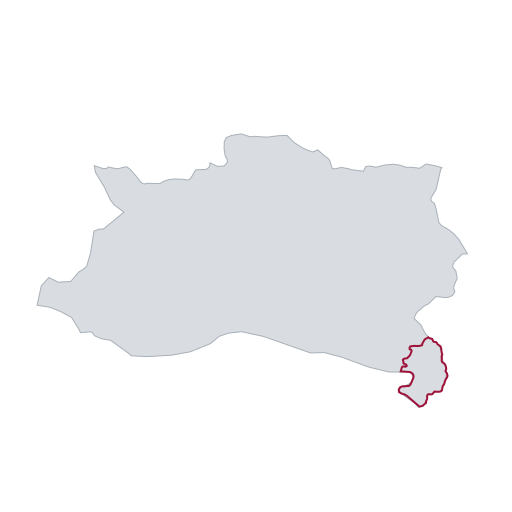 where Vidin sits in Bulgaria, rotated 189°
{"feature_id": "BGR-2253", "entity_name": "Vidin", "entity_type": "Province", "adm_level": 1, "iso_a3": "BGR", "parent_name": "Bulgaria", "parent_adm1": "", "projection": "robinson", "projection_center": [22.659, 43.807], "detail": "fine", "context": "in_parent", "style": "outline", "palette": "rose", "viewbox_px": 512, "rotation_deg": 189, "n_neighbors": 0, "source": "natural_earth", "source_scale": "10m", "svg_char_len": 3708}
<svg xmlns="http://www.w3.org/2000/svg" viewBox="0 0 512 512"><g transform="rotate(189 256 256)"><path d="M429.9,319.9L420.7,318.4L417.6,318.9L415.6,320.9L411.3,320.5L406.1,320.5L400.7,322.9L397.6,323.9L393.6,321.7L385.9,315.3L381.2,310.7L377.8,309.6L374.3,310.9L362.1,312.5L359.3,315.1L353.7,318.0L348.0,319.4L339.9,320.4L335.6,320.2L333.2,321.6L331.2,325.9L329.9,330.0L328.7,331.7L318.6,333.8L316.4,336.1L315.8,338.5L316.0,340.8L307.9,338.5L301.6,340.0L300.2,341.8L298.9,344.4L299.7,347.1L302.0,349.8L304.3,356.9L305.2,364.1L303.9,368.2L299.3,371.1L289.7,374.3L280.3,372.8L276.2,374.0L269.3,374.5L262.9,375.3L253.1,378.2L244.3,380.0L236.2,374.0L226.7,369.9L216.8,367.5L213.3,369.3L211.8,370.6L203.5,365.4L199.8,363.5L197.9,361.4L194.4,354.4L192.4,354.2L185.5,356.8L179.0,356.7L175.0,356.2L163.2,356.5L161.7,361.3L160.2,362.0L157.6,362.7L151.4,362.4L143.4,365.9L134.8,368.1L128.1,368.2L121.1,367.1L117.0,367.9L108.0,368.3L102.4,373.5L93.6,373.2L86.1,372.3L87.1,370.6L88.5,350.0L92.2,340.8L92.0,338.9L91.2,337.4L88.0,335.9L85.6,331.0L80.7,317.9L78.0,315.2L70.3,312.4L63.6,308.6L57.9,303.7L47.5,291.3L52.8,290.1L54.4,287.6L59.6,280.8L60.2,277.5L59.7,275.6L56.2,272.3L53.8,265.2L55.6,258.6L55.8,255.2L54.0,251.8L55.8,247.6L59.6,245.3L62.0,244.6L71.9,244.1L78.2,235.7L82.0,233.0L85.9,228.2L87.7,226.5L89.4,222.8L90.0,219.0L82.2,213.6L79.5,209.6L76.0,205.2L71.3,202.1L61.8,196.9L58.1,191.6L56.4,184.7L53.9,179.4L51.1,176.0L50.6,173.2L49.4,169.8L49.2,163.1L51.4,154.3L52.9,151.1L56.1,150.2L64.6,145.5L65.0,139.4L66.6,135.7L69.3,133.5L71.8,132.0L76.5,135.6L87.8,141.2L93.4,145.3L93.1,147.8L90.5,150.3L85.6,152.8L82.7,156.0L81.9,160.1L82.7,162.9L86.1,165.4L106.5,162.2L127.2,163.9L155.0,169.4L173.4,171.3L187.0,168.8L212.3,173.4L235.8,177.7L258.3,179.0L270.9,175.6L279.7,171.0L287.2,162.4L305.9,151.1L324.0,144.8L347.8,139.6L363.7,137.9L366.0,139.6L386.5,150.0L395.5,150.1L402.9,151.9L405.6,154.7L407.5,155.3L417.2,152.8L421.6,158.5L428.5,166.4L440.1,170.5L450.4,172.9L453.6,173.2L464.5,173.1L463.4,193.0L457.2,202.3L447.4,199.2L435.0,201.8L428.7,212.3L425.0,215.4L421.7,219.1L419.9,232.8L419.9,255.3L415.2,258.0L410.9,258.8L393.3,278.6L403.8,284.1L408.5,288.4L416.4,300.1L427.6,313.4L429.9,319.9Z" fill="#d9dde1" stroke="#a8b0b8" stroke-width="1"/><path d="M63.2,146.6L64.3,146.4L65.1,145.2L65.1,144.4L64.7,142.7L64.6,141.9L64.8,140.9L65.4,138.5L65.2,138.2L65.1,137.8L65.2,137.3L65.4,137.2L66.5,136.0L67.5,134.6L68.1,134.0L70.9,132.8L85.2,141.6L87.6,142.5L90.7,142.9L92.0,143.4L93.5,144.0L94.1,146.6L93.0,149.1L90.7,150.3L89.2,150.4L86.6,151.2L85.2,151.4L83.9,152.2L83.1,154.0L81.5,160.3L81.6,162.1L82.4,163.7L84.1,165.0L86.1,165.5L95.0,164.7L94.7,167.7L94.2,169.6L92.5,170.1L90.9,170.0L89.9,171.1L90.8,172.3L92.2,172.6L93.5,173.0L93.9,174.7L94.7,176.4L93.9,177.6L90.7,178.7L88.4,182.0L87.4,186.4L88.1,187.7L89.6,187.9L90.0,189.5L89.4,190.9L85.7,192.0L81.8,192.4L79.4,193.2L78.0,193.9L78.0,195.6L76.3,200.0L73.1,202.6L72.8,202.3L71.7,201.9L71.0,201.8L69.8,201.9L69.1,201.7L68.7,201.3L68.6,201.1L67.8,199.7L67.3,199.2L66.7,199.1L65.3,199.1L64.5,199.0L63.9,198.6L63.0,197.4L62.5,197.0L60.3,196.0L59.4,195.3L58.7,193.7L57.5,189.7L56.7,188.2L56.6,187.8L56.7,187.4L56.9,187.0L57.0,186.8L57.0,186.6L57.0,186.4L56.9,186.2L56.7,185.9L56.6,185.6L56.7,185.3L56.9,185.0L56.9,184.9L56.4,183.8L56.3,181.9L55.9,180.8L55.2,180.2L53.2,179.2L52.4,178.5L51.8,177.6L51.2,176.6L50.8,175.5L50.5,174.5L50.5,173.8L50.8,172.4L50.7,171.7L49.0,169.9L48.1,167.6L48.4,165.8L49.3,163.9L49.9,161.4L50.1,158.9L50.3,158.5L50.9,157.4L51.1,157.0L51.3,155.7L51.3,153.3L51.4,152.3L52.3,151.2L53.8,150.6L55.9,150.3L56.9,150.1L58.4,150.1L59.1,149.2L59.7,148.0L60.4,147.0L61.8,146.6L63.2,146.6Z" fill="none" stroke="#9f1239" stroke-width="2"/></g></svg>